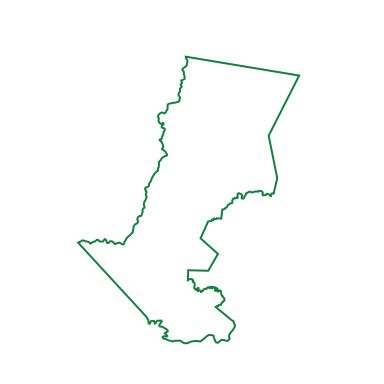 the district of Valle Del Guamuez, Putumayo, Colombia, rotated 291°
{"feature_id": "7082276B97476971281230", "entity_name": "Valle Del Guamuez", "entity_type": "district", "adm_level": 2, "iso_a3": "COL", "parent_name": "Colombia", "parent_adm1": "Putumayo", "projection": "albers", "projection_center": [-76.929, 0.422], "detail": "fine", "context": "isolated", "style": "outline", "palette": "green", "viewbox_px": 384, "rotation_deg": 291, "n_neighbors": 0, "source": "geoboundaries", "source_scale": "gbopen_adm2", "svg_char_len": 6021}
<svg xmlns="http://www.w3.org/2000/svg" viewBox="0 0 384 384"><g transform="rotate(291 192 192)"><path d="M265.1,138.1L264.4,138.1L260.5,139.5L258.6,139.0L257.2,139.0L256.7,138.9L255.5,138.1L255.5,135.6L254.9,134.6L253.1,133.5L251.2,133.1L250.4,133.0L249.9,133.3L249.6,134.0L248.9,134.6L246.6,135.2L245.7,135.8L245.1,136.5L244.6,137.6L244.5,138.6L244.9,139.2L246.1,140.2L245.9,140.8L245.7,141.0L245.2,141.1L243.2,140.3L241.8,140.3L241.3,141.0L241.5,143.2L241.1,144.0L240.6,144.4L237.8,144.0L234.7,144.5L232.9,144.2L230.5,144.6L230.1,144.4L229.8,143.4L228.9,143.1L228.3,144.1L227.8,145.8L226.8,146.8L224.5,148.8L223.3,149.0L221.8,148.5L221.1,148.9L220.6,151.5L219.9,153.1L218.2,155.1L217.5,155.5L216.5,155.0L215.5,153.6L213.4,152.0L212.4,151.6L210.6,151.4L209.4,150.8L208.5,150.5L207.7,150.5L206.9,151.0L202.8,152.1L202.3,151.8L201.7,151.8L199.9,152.5L199.4,152.5L198.3,151.5L195.4,150.5L191.8,149.7L190.1,149.6L187.7,149.7L184.5,149.0L181.9,149.5L180.9,148.9L180.0,148.0L179.7,147.3L179.1,147.1L178.0,147.1L177.6,147.3L177.1,148.2L176.2,148.6L176.1,149.3L175.8,149.6L173.2,149.7L172.8,149.8L172.2,150.4L171.9,151.0L171.2,151.4L168.1,151.6L166.8,151.2L165.5,151.1L163.1,151.4L162.0,152.2L161.4,152.9L160.3,153.2L159.0,152.3L157.9,152.2L156.9,152.4L155.9,153.1L152.4,153.2L151.2,152.8L150.9,151.8L150.0,151.1L149.4,150.7L148.1,150.6L147.0,150.7L146.6,150.9L145.6,151.9L144.8,152.3L144.2,152.4L142.5,151.5L141.2,150.3L138.8,149.9L138.0,150.0L136.7,150.5L134.7,150.7L132.9,151.2L131.5,150.3L129.4,149.6L128.2,148.8L126.8,148.1L125.0,147.5L122.9,147.2L121.7,146.9L119.0,147.0L118.5,146.8L118.2,146.3L118.2,145.3L118.7,143.1L118.7,142.4L117.5,140.5L116.6,139.4L115.9,139.1L115.7,138.8L117.0,136.3L117.2,135.0L117.1,134.1L116.6,133.2L116.2,133.0L114.9,132.6L114.0,131.6L114.0,131.2L114.2,130.8L116.1,129.2L116.7,128.2L116.7,127.4L113.7,126.5L113.1,125.0L112.9,123.5L113.0,122.6L113.6,121.7L113.4,120.7L113.2,120.3L111.0,119.1L110.0,117.5L107.4,115.6L108.4,113.7L107.8,109.9L107.8,107.6L107.3,106.7L105.6,105.7L104.8,104.5L103.9,103.8L59.8,192.8L59.5,193.7L58.9,194.6L58.3,194.7L57.6,196.1L56.8,197.1L55.9,197.6L54.6,198.1L53.9,198.5L53.7,199.1L53.8,199.6L54.1,199.8L56.2,199.9L56.9,200.2L57.1,200.5L57.8,201.9L57.9,202.7L57.3,203.5L56.2,204.0L55.9,204.6L56.2,204.9L57.7,205.3L58.6,205.4L59.6,206.0L59.8,206.4L60.0,207.5L60.9,209.0L60.8,209.7L60.4,210.0L59.4,210.0L56.5,209.1L55.5,209.3L55.0,210.4L55.6,213.0L55.1,214.5L54.9,216.8L54.2,218.6L53.4,219.3L52.8,219.1L51.1,217.7L50.6,217.3L50.3,217.3L50.1,217.5L50.0,218.4L48.8,220.5L48.5,220.6L48.2,220.4L47.7,219.3L47.5,217.8L46.9,217.0L46.0,216.5L45.8,216.6L45.4,216.9L44.9,217.9L45.3,220.4L45.2,222.0L45.0,222.9L45.5,226.3L45.4,227.4L46.7,228.7L48.7,233.5L48.9,234.6L48.8,235.8L48.3,237.2L48.1,238.4L48.4,240.2L49.2,241.8L52.1,244.9L53.7,247.6L54.5,249.5L55.4,253.3L56.3,254.0L63.3,257.9L64.4,258.8L64.7,259.6L65.6,262.3L65.4,263.7L63.5,265.0L62.2,266.2L60.4,268.1L60.3,269.3L60.5,270.2L64.0,272.1L64.6,273.0L65.3,275.1L65.4,277.7L65.9,278.6L67.3,279.5L68.4,279.7L70.4,278.3L71.6,278.0L74.3,278.3L78.1,279.7L81.6,280.2L82.6,280.1L83.7,279.4L84.2,278.5L85.1,277.7L86.1,277.3L86.6,274.8L93.1,255.3L94.8,256.6L95.1,257.6L96.1,257.6L96.5,257.9L96.7,258.4L96.8,259.1L97.1,259.4L99.3,259.5L100.0,260.2L101.1,260.3L101.9,261.0L102.6,261.1L104.1,260.4L105.0,258.7L105.9,257.7L105.9,256.9L110.1,254.1L110.1,253.6L109.8,252.8L108.6,252.3L108.3,251.7L108.5,251.3L109.1,250.9L110.0,251.0L110.5,250.8L110.7,250.6L110.8,249.9L110.3,249.6L109.8,249.6L109.3,250.1L108.8,250.1L108.1,249.0L108.3,248.6L108.6,248.5L108.9,248.5L109.2,249.1L109.6,249.3L110.4,248.9L111.2,248.8L111.3,247.9L110.7,247.6L110.5,247.2L110.9,246.2L110.8,244.8L110.3,244.6L109.8,245.3L109.4,245.3L109.3,244.9L109.8,244.5L110.1,243.9L109.9,242.9L109.6,242.5L109.4,242.5L108.8,243.0L108.5,243.0L108.4,242.7L108.9,242.2L108.9,241.8L108.6,240.9L108.0,240.5L107.2,240.5L106.7,240.2L106.4,239.1L106.0,238.3L104.0,237.4L103.3,237.5L102.9,236.6L102.0,236.4L101.9,236.0L102.8,235.1L102.9,234.2L102.8,233.8L101.8,233.2L101.7,232.7L101.9,232.2L102.2,232.2L104.2,232.7L104.6,232.5L104.5,231.9L104.2,231.6L103.1,230.9L102.4,230.6L102.2,230.4L102.2,230.0L103.1,228.5L103.6,228.2L105.3,228.1L107.8,227.1L108.2,226.4L108.4,225.1L108.6,224.9L109.6,225.0L110.0,224.7L110.1,223.6L110.7,222.9L109.5,220.6L108.6,220.2L108.2,219.8L117.6,216.5L124.3,235.4L143.5,238.4L151.8,216.6L170.2,217.6L171.3,219.1L171.6,220.4L173.2,220.6L173.2,221.8L174.7,221.7L175.1,221.9L175.2,222.5L174.9,223.3L174.9,223.7L175.1,224.1L176.3,224.5L177.6,228.8L186.5,226.6L187.2,227.8L188.5,228.9L189.3,228.9L189.5,229.4L190.3,229.9L192.9,230.2L194.3,231.4L195.2,231.9L195.5,232.8L196.2,233.4L196.9,233.4L198.2,232.7L200.4,232.7L201.2,233.8L201.2,234.3L201.5,234.6L202.0,234.6L202.3,235.0L202.5,236.2L203.0,236.7L203.9,236.0L204.7,236.0L206.3,235.3L206.5,235.4L207.6,236.0L207.5,236.7L207.7,237.7L207.5,239.1L207.3,239.5L206.6,240.1L204.4,240.3L203.9,240.9L203.8,241.4L204.5,242.5L204.8,242.4L205.3,242.6L206.5,242.6L208.7,243.1L210.2,243.0L210.4,243.3L211.4,244.1L212.0,244.8L212.8,245.3L213.1,246.2L213.2,248.5L215.1,250.8L216.0,253.0L216.0,253.7L216.4,254.0L217.0,254.1L217.6,255.7L217.6,256.6L217.4,257.6L217.1,258.0L216.4,258.5L215.5,258.4L214.4,259.4L214.3,259.7L214.7,260.0L215.1,261.3L215.4,261.7L216.2,262.1L217.0,262.2L217.1,262.3L217.0,263.6L217.4,264.5L216.5,266.6L216.5,267.2L216.8,267.3L217.6,266.7L219.1,267.0L219.4,267.4L219.7,268.8L235.5,266.6L272.0,243.4L339.1,250.3L316.1,137.7L315.1,138.2L314.6,138.6L313.6,140.2L312.6,140.8L311.1,141.2L310.0,141.2L308.6,141.7L307.7,141.6L304.3,139.4L303.2,139.0L302.5,139.3L301.2,141.3L300.7,141.6L299.4,141.9L298.0,143.1L295.3,144.6L294.8,144.5L294.4,144.2L292.3,142.1L291.5,142.4L290.6,143.5L290.1,143.7L288.5,142.9L287.6,143.2L286.9,144.5L286.5,144.7L284.1,143.8L281.0,144.8L279.5,144.2L278.2,144.4L277.6,144.8L275.9,147.0L275.0,147.2L273.6,147.1L272.9,147.5L272.0,147.4L271.4,147.0L269.3,144.2L268.4,142.2L267.7,141.4L266.6,139.4L266.3,139.0L265.1,138.1Z" fill="none" stroke="#15803d" stroke-width="2"/></g></svg>